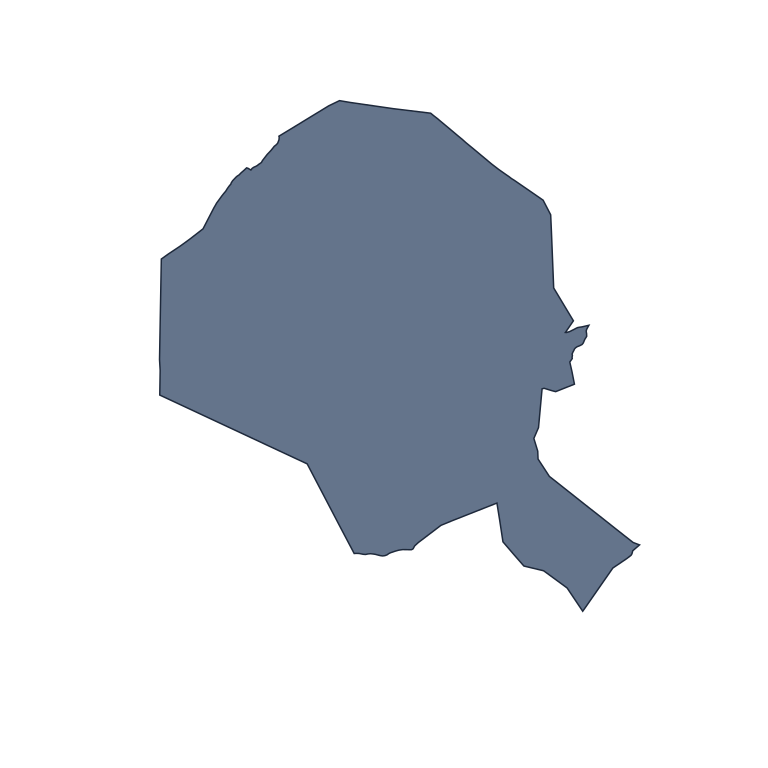 the district of San Juan Bautista Coixtlahuaca, Oaxaca, Mexico, rotated 250°
{"feature_id": "50627088B60498499367659", "entity_name": "San Juan Bautista Coixtlahuaca", "entity_type": "district", "adm_level": 2, "iso_a3": "MEX", "parent_name": "Mexico", "parent_adm1": "Oaxaca", "projection": "albers", "projection_center": [-97.271, 17.729], "detail": "fine", "context": "isolated", "style": "filled", "palette": "slate", "viewbox_px": 768, "rotation_deg": 250, "n_neighbors": 0, "source": "geoboundaries", "source_scale": "gbopen_adm2", "svg_char_len": 2355}
<svg xmlns="http://www.w3.org/2000/svg" viewBox="0 0 768 768"><g transform="rotate(250 384 384)"><path d="M622.5,520.5L639.5,487.0L660.2,448.4L665.5,439.1L664.3,427.2L655.1,381.5L652.8,370.0L651.7,369.9L649.5,368.9L646.6,366.4L645.6,364.4L644.9,362.2L642.2,357.8L639.7,352.8L635.6,346.3L634.1,344.6L633.5,342.5L633.2,341.1L632.7,339.9L632.4,338.3L632.2,335.6L631.7,333.8L630.6,332.1L633.2,330.0L634.1,328.8L632.8,325.8L632.1,324.0L631.4,322.1L630.0,319.2L629.6,317.3L629.1,315.9L628.0,313.7L626.8,311.3L625.3,309.3L624.0,308.2L623.5,307.0L622.1,304.9L621.2,303.6L619.3,301.2L617.9,298.7L616.1,295.8L613.8,292.4L612.6,290.6L611.2,288.5L609.7,286.8L607.9,284.6L591.7,267.0L586.5,250.8L585.6,247.7L583.2,239.3L579.9,225.7L577.6,217.5L483.7,181.4L473.3,178.3L450.3,169.5L366.2,253.5L335.2,284.5L305.3,288.5L261.9,294.3L239.4,297.4L234.9,298.0L234.4,299.8L233.3,302.6L231.1,306.2L230.1,308.4L229.8,310.7L229.2,313.1L228.1,315.4L226.9,317.6L225.5,319.6L224.0,321.8L222.9,323.9L222.4,326.1L222.4,328.4L223.0,330.5L223.2,332.6L223.1,335.4L223.1,336.9L223.0,338.4L222.8,341.0L222.3,343.5L222.0,344.9L220.8,348.1L218.9,353.0L219.0,354.2L219.2,355.0L221.4,357.5L223.3,362.1L231.7,389.2L232.2,400.9L233.5,449.4L216.9,446.2L195.0,441.8L178.8,447.9L165.1,453.2L153.9,470.1L129.7,486.3L102.5,493.0L104.2,495.5L132.8,536.1L136.9,552.4L138.5,557.5L139.6,558.9L142.2,560.7L145.4,569.1L149.0,564.9L150.0,563.8L160.3,557.4L169.2,551.9L187.4,540.7L197.8,534.2L207.7,528.1L225.4,517.2L231.1,513.7L240.6,507.8L260.8,503.1L268.3,505.5L281.6,506.2L290.2,514.3L325.4,530.9L325.2,533.0L320.3,539.5L318.1,542.7L318.7,562.9L331.6,564.9L341.1,566.1L343.5,569.6L344.9,569.9L346.3,570.8L347.8,571.0L349.4,572.5L350.6,573.9L351.7,574.9L352.5,576.4L353.0,578.4L353.0,580.3L353.1,581.6L353.4,583.7L354.4,585.3L357.0,587.7L357.6,588.4L358.6,589.7L359.5,590.8L362.4,591.7L363.3,591.8L364.8,592.2L366.3,593.4L369.1,596.6L370.0,589.4L370.3,588.0L370.6,586.5L370.8,585.1L370.6,583.1L370.3,581.2L370.1,579.2L369.8,576.9L369.8,575.4L369.9,574.3L369.9,573.2L370.4,572.1L378.6,583.6L416.2,576.3L470.4,593.6L486.0,598.5L502.3,596.4L515.0,587.4L531.0,576.0L533.4,574.1L536.4,572.2L538.6,570.6L546.2,565.3L553.9,560.4L574.2,548.6L583.0,543.4L586.8,541.4L592.4,538.1L595.9,536.1L598.0,534.9L612.8,526.3L614.3,525.5L619.4,522.3L622.5,520.5Z" fill="#64748b" stroke="#1e293b" stroke-width="1.5"/></g></svg>